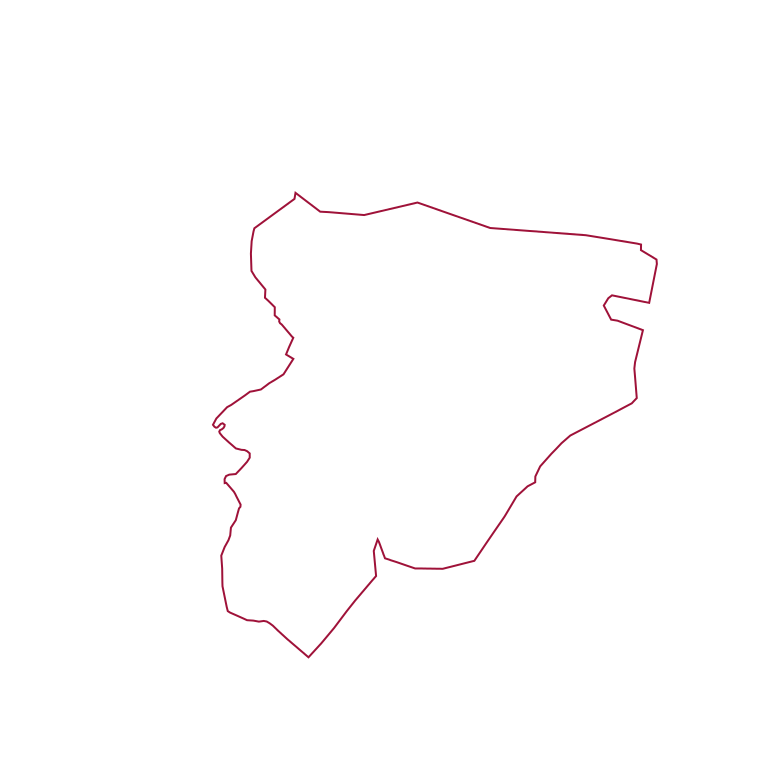 the district of Sennar, Sennar, Sudan, rotated 221°
{"feature_id": "16777658B61797456915649", "entity_name": "Sennar", "entity_type": "district", "adm_level": 2, "iso_a3": "SDN", "parent_name": "Sudan", "parent_adm1": "Sennar", "projection": "orthographic", "projection_center": [33.259, 13.557], "detail": "fine", "context": "isolated", "style": "outline", "palette": "rose", "viewbox_px": 768, "rotation_deg": 221, "n_neighbors": 0, "source": "geoboundaries", "source_scale": "gbopen_adm2", "svg_char_len": 2266}
<svg xmlns="http://www.w3.org/2000/svg" viewBox="0 0 768 768"><g transform="rotate(221 384 384)"><path d="M509.8,498.5L538.4,477.5L545.2,472.2L576.2,470.2L573.0,465.0L584.0,416.5L582.6,413.6L577.6,405.0L570.0,395.1L558.2,382.4L551.0,380.1L535.5,377.5L530.5,371.1L530.4,371.0L526.0,370.9L516.8,370.3L511.5,364.1L505.3,364.1L504.1,362.4L502.4,361.7L500.2,361.8L484.5,359.4L482.8,359.4L479.9,349.7L477.3,342.0L468.9,343.5L466.2,325.4L468.9,316.0L471.1,309.4L473.3,299.1L478.0,292.8L480.1,290.3L481.5,284.0L485.6,267.9L487.2,263.6L487.9,248.0L486.3,241.0L483.9,240.5L482.1,240.8L481.2,242.0L481.1,244.4L481.0,246.8L480.0,248.5L477.5,248.7L476.6,247.3L476.3,245.5L476.7,243.3L477.5,241.6L477.1,240.0L475.7,239.2L471.3,238.4L467.4,238.3L462.9,238.2L453.5,238.2L448.4,240.8L445.9,242.7L443.2,243.5L439.8,243.5L437.0,240.3L436.3,235.4L436.4,227.1L436.8,218.8L441.3,214.1L442.8,210.9L441.9,207.6L439.2,204.7L438.2,205.9L434.0,205.3L426.5,204.2L423.9,203.3L421.6,202.3L413.1,198.9L411.8,197.1L411.8,195.0L410.3,191.8L406.5,184.0L405.3,175.2L402.8,171.7L400.7,168.8L398.9,164.0L397.3,156.4L394.2,147.7L385.0,138.5L375.7,128.1L373.2,125.4L356.5,112.6L352.9,110.1L350.2,110.5L343.1,112.7L336.2,114.8L332.4,115.9L327.4,119.7L322.5,122.6L319.3,126.3L316.7,127.8L313.4,128.4L309.3,128.7L302.1,128.3L289.8,128.0L261.7,128.2L261.2,147.2L261.6,167.1L263.1,188.3L263.7,201.7L264.0,227.3L264.0,233.9L282.2,251.3L286.8,262.5L284.0,261.4L283.3,261.0L280.9,259.7L279.3,258.8L273.1,255.4L272.9,255.2L271.4,254.5L268.9,253.1L265.7,254.5L264.3,255.1L263.8,255.2L257.8,257.8L247.6,261.9L243.2,263.7L239.5,265.2L237.4,267.0L236.8,267.5L234.4,269.6L232.0,271.6L226.1,276.6L223.0,279.2L218.4,283.1L216.2,286.3L214.3,289.0L211.1,293.6L205.2,302.1L200.6,308.7L199.8,309.8L202.4,331.1L204.0,344.9L205.8,361.0L206.1,363.4L206.9,367.9L210.2,386.1L208.5,401.0L205.4,409.0L209.1,413.5L212.1,424.3L211.9,441.1L211.5,448.0L211.2,455.7L209.6,467.3L203.3,483.3L192.8,510.0L184.3,532.0L184.2,535.0L184.0,539.2L198.4,553.3L205.2,559.9L208.9,565.3L223.9,594.5L249.3,585.0L254.8,581.6L269.6,587.4L271.0,595.9L270.1,600.5L237.1,619.2L256.8,653.6L260.0,656.7L277.9,653.6L281.5,657.9L285.1,656.0L312.7,639.0L329.3,628.7L406.2,571.4L477.8,542.9L509.8,498.5Z" fill="none" stroke="#9f1239" stroke-width="2"/></g></svg>